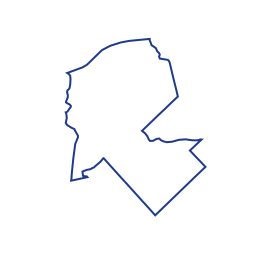 Guatemala, orthographic projection, rotated 136°
{"feature_id": "GTM", "entity_name": "Guatemala", "entity_type": "country or territory", "adm_level": 0, "iso_a3": "GTM", "parent_name": "North America", "parent_adm1": "", "projection": "orthographic", "projection_center": [-90.227, 15.776], "detail": "fine", "context": "isolated", "style": "outline", "palette": "blue", "viewbox_px": 256, "rotation_deg": 136, "n_neighbors": 0, "source": "natural_earth", "source_scale": "50m", "svg_char_len": 1483}
<svg xmlns="http://www.w3.org/2000/svg" viewBox="0 0 256 256"><g transform="rotate(136 128 128)"><path d="M50.5,177.0L51.5,176.0L52.4,173.6L53.5,171.2L52.9,168.4L52.5,166.1L53.7,162.8L53.6,160.3L54.2,158.7L56.0,157.8L56.9,155.9L52.0,149.3L52.0,147.8L52.7,145.9L56.8,139.0L61.7,130.7L67.0,121.5L70.3,116.0L81.9,116.1L89.6,116.1L99.4,116.2L110.1,116.2L117.0,116.2L119.9,116.2L119.4,112.6L119.8,108.6L121.1,105.0L121.1,103.4L119.0,101.4L115.0,100.3L112.8,98.6L112.8,96.4L111.8,93.8L109.8,90.7L105.8,87.5L99.7,84.2L94.5,79.9L90.2,74.4L86.6,70.9L83.8,69.4L83.1,68.6L91.3,68.7L99.1,68.8L99.2,61.0L99.2,54.1L99.3,46.2L113.3,46.3L130.1,46.3L147.4,46.3L161.0,46.3L169.1,46.3L168.7,56.0L168.4,67.2L168.1,75.5L167.7,86.6L167.4,97.8L166.9,113.3L166.5,123.2L166.7,123.4L171.3,122.9L178.1,123.3L179.8,123.3L181.9,124.1L183.5,124.4L186.9,126.6L191.0,128.3L193.6,124.8L192.2,122.8L191.2,121.7L191.3,120.8L205.5,129.6L203.8,130.9L200.3,134.1L193.8,139.6L188.0,144.5L182.4,148.9L177.4,152.9L176.8,153.3L170.4,156.1L169.3,157.4L167.9,163.0L167.3,164.4L168.5,167.5L169.7,172.3L169.3,174.8L164.9,177.9L162.8,180.7L161.9,182.5L161.1,182.0L159.8,181.9L156.6,182.6L155.0,182.7L153.8,183.5L153.6,185.3L154.5,188.1L154.8,189.5L153.9,190.2L150.0,191.9L148.4,193.5L147.0,196.1L145.2,197.2L143.4,197.0L142.2,197.4L139.5,199.3L135.4,203.1L133.2,205.8L133.1,207.9L133.5,209.8L118.6,203.2L113.6,202.0L92.7,202.1L83.7,199.5L73.5,194.4L66.6,189.8L50.5,177.0Z" fill="none" stroke="#1e3a8a" stroke-width="2"/></g></svg>